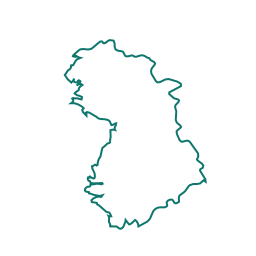 Côtes-d'Armor, Mercator projection, rotated 242°
{"feature_id": "FRA-5283", "entity_name": "Côtes-d'Armor", "entity_type": "Metropolitan department", "adm_level": 1, "iso_a3": "FRA", "parent_name": "France", "parent_adm1": "", "projection": "mercator", "projection_center": [-2.816, 48.456], "detail": "fine", "context": "isolated", "style": "outline", "palette": "teal", "viewbox_px": 256, "rotation_deg": 242, "n_neighbors": 0, "source": "natural_earth", "source_scale": "10m", "svg_char_len": 3734}
<svg xmlns="http://www.w3.org/2000/svg" viewBox="0 0 256 256"><g transform="rotate(242 128 128)"><path d="M36.2,91.0L38.8,91.9L41.9,91.8L43.5,91.0L42.4,87.3L42.0,84.8L42.4,83.7L47.9,82.7L46.4,81.7L42.7,77.1L42.3,74.5L43.4,73.1L46.4,71.7L48.7,67.6L49.3,66.2L50.0,66.2L51.0,67.0L54.3,67.2L58.0,69.4L59.5,69.5L58.9,70.0L58.6,70.5L58.4,71.0L58.0,71.7L60.5,71.9L61.8,71.8L62.7,71.2L63.8,69.9L64.5,69.4L73.5,66.0L74.7,65.0L75.5,65.0L76.5,65.3L79.6,61.3L81.3,61.7L82.0,64.1L82.0,67.2L81.2,70.1L79.8,71.7L79.9,72.5L80.1,72.9L80.6,73.9L81.0,71.9L81.8,70.4L85.0,66.4L87.6,64.1L88.6,62.9L89.7,63.4L91.6,61.0L93.0,60.6L94.3,61.5L95.0,63.0L95.1,64.7L94.4,66.2L94.4,67.2L95.8,68.4L95.0,69.7L93.6,73.9L93.0,75.2L90.7,78.2L90.7,79.4L91.5,79.4L95.0,72.2L97.0,69.1L98.8,69.5L99.8,68.6L100.9,68.3L102.1,68.6L103.1,69.5L102.3,70.6L102.7,70.8L103.0,70.8L103.1,71.0L103.1,71.7L102.1,72.0L101.3,72.5L99.5,73.9L99.5,74.9L100.9,76.1L103.6,77.2L109.0,77.5L111.1,78.2L110.9,79.6L111.0,80.5L111.1,81.6L110.1,82.5L109.6,82.7L109.6,83.7L111.2,84.7L113.1,86.4L114.7,88.3L115.4,89.9L122.3,95.9L123.4,100.7L123.8,102.0L124.0,102.8L123.7,103.5L123.5,104.3L123.8,105.4L124.4,105.8L125.7,106.5L128.3,108.5L134.3,111.4L134.0,112.9L133.6,114.0L133.0,114.9L132.2,115.7L133.4,115.8L134.4,116.3L135.3,117.3L136.2,118.5L137.7,119.7L138.0,118.2L137.9,115.9L138.4,114.7L142.6,115.0L144.3,114.2L146.4,111.9L148.9,108.0L149.7,107.0L150.8,106.1L152.7,105.4L159.8,101.0L161.3,99.3L161.3,98.2L160.4,98.1L158.4,97.1L163.1,95.7L165.4,96.0L166.3,98.2L169.1,97.1L172.3,95.0L175.1,92.2L176.6,89.3L176.9,91.2L177.7,92.4L178.8,92.8L180.2,92.6L180.2,93.8L179.4,94.5L178.9,95.3L178.5,96.2L178.0,97.1L175.0,100.4L176.9,101.9L178.9,100.5L181.1,98.3L183.5,97.1L184.0,98.0L184.5,101.7L184.9,102.6L186.1,103.2L186.8,104.6L187.2,106.4L187.4,108.0L188.6,107.4L189.3,106.2L189.7,104.5L189.7,102.6L190.1,104.9L190.7,106.9L191.6,107.9L193.2,107.0L193.2,105.9L192.8,105.7L191.8,104.9L193.0,103.0L194.2,102.1L195.5,102.3L196.9,103.7L196.2,102.7L195.6,101.6L194.7,99.3L199.5,97.6L204.5,97.1L204.8,97.8L207.0,102.0L207.2,103.7L207.7,105.3L208.7,106.5L210.0,107.0L209.5,108.5L209.2,109.1L211.9,113.3L212.6,115.5L212.2,119.0L213.2,117.9L216.5,115.7L215.5,115.0L217.2,113.1L218.0,114.0L219.6,120.6L219.8,122.9L218.8,125.5L216.0,129.7L215.2,132.4L215.2,133.5L217.2,142.9L217.3,144.2L216.8,145.5L216.0,145.9L215.0,145.9L214.2,146.4L213.7,147.8L214.3,151.3L214.2,153.1L211.9,156.3L209.0,155.9L205.8,154.3L203.1,153.9L200.6,155.8L199.2,157.9L197.7,159.4L193.1,159.4L192.0,160.2L191.3,161.6L190.3,165.5L189.6,166.3L187.7,167.5L187.0,169.0L186.2,173.0L185.5,174.8L183.8,176.5L180.9,178.2L179.6,179.6L177.6,179.7L174.0,182.0L172.3,182.2L171.4,181.4L169.6,177.2L168.6,176.0L167.5,175.1L165.0,174.2L156.2,174.6L154.5,175.4L153.5,177.7L153.4,182.8L153.0,184.9L151.8,187.3L146.0,193.1L142.4,195.4L140.1,194.4L140.1,181.2L138.7,180.3L132.6,182.6L129.6,185.7L128.4,186.0L127.4,185.0L125.7,180.3L124.0,179.3L119.9,178.4L112.8,174.0L109.9,173.6L105.4,175.4L104.0,175.3L103.5,174.3L102.8,170.6L102.3,169.4L100.0,168.4L93.3,167.9L91.0,168.6L90.2,169.9L89.4,173.6L88.3,175.3L86.7,176.1L73.0,177.9L70.2,176.9L69.1,175.9L68.5,174.8L67.9,174.1L66.4,174.3L61.9,176.5L59.5,176.9L57.8,175.3L57.7,174.2L57.7,173.3L57.6,172.5L57.1,171.8L56.4,171.6L46.4,172.2L44.1,171.3L46.4,170.1L45.2,165.6L46.2,162.5L47.8,159.6L48.5,156.0L48.2,154.4L45.4,148.7L45.0,147.2L44.3,142.4L43.9,141.4L43.1,140.6L42.2,139.9L39.4,138.7L38.9,138.4L38.8,136.1L39.0,135.1L39.4,134.3L40.4,133.8L42.7,133.8L43.8,133.4L44.7,132.3L45.1,130.7L45.1,129.0L44.4,127.5L43.5,126.9L41.4,126.4L40.6,125.4L40.7,123.2L43.0,118.8L43.7,116.8L43.7,114.6L43.3,112.8L42.6,111.1L37.9,105.2L37.0,103.3L36.3,100.8L36.2,91.0Z" fill="none" stroke="#0f766e" stroke-width="2"/></g></svg>